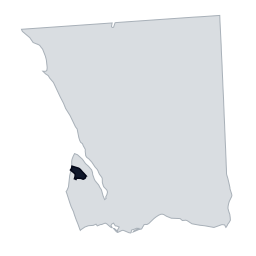 location of Sant Katrin, Janub Sina', Egypt, rotated 176°
{"feature_id": "37247803B38427943153509", "entity_name": "Sant Katrin", "entity_type": "district", "adm_level": 2, "iso_a3": "EGY", "parent_name": "Egypt", "parent_adm1": "Janub Sina'", "projection": "equal_earth", "projection_center": [34.29, 28.647], "detail": "fine", "context": "in_parent", "style": "filled", "palette": "ink", "viewbox_px": 256, "rotation_deg": 176, "n_neighbors": 0, "source": "geoboundaries", "source_scale": "gbopen_adm2", "svg_char_len": 3619}
<svg xmlns="http://www.w3.org/2000/svg" viewBox="0 0 256 256"><g transform="rotate(176 128 128)"><path d="M227.4,233.9L221.9,233.9L216.4,233.9L210.9,233.9L205.4,233.9L199.9,233.9L194.5,233.9L189.0,233.9L183.5,233.9L178.0,233.9L172.5,233.9L167.0,233.9L161.6,233.9L156.1,233.9L150.6,233.9L145.1,233.9L139.6,233.9L136.5,233.9L137.0,232.0L137.4,230.5L137.0,229.6L136.0,229.3L135.3,229.6L133.6,233.8L132.7,234.0L130.8,234.0L124.4,234.0L118.0,234.0L111.6,234.0L105.3,234.0L98.9,234.0L92.5,234.0L86.1,234.0L79.7,234.0L73.3,234.0L66.9,234.0L60.6,234.0L54.2,234.0L47.8,233.9L41.4,233.9L35.0,233.9L28.6,233.9L28.8,228.9L28.9,223.9L29.0,218.9L29.1,213.8L29.2,208.8L29.3,203.8L29.5,198.8L29.6,193.8L29.7,188.8L29.8,183.8L30.0,178.8L30.1,173.9L30.2,168.9L30.4,163.9L30.5,159.0L30.6,154.0L30.7,149.0L30.9,144.1L31.0,139.1L31.2,134.2L31.3,129.3L31.4,124.3L31.6,119.4L31.7,114.5L31.9,109.6L32.0,104.7L32.1,99.8L32.3,94.9L32.4,90.0L32.6,85.1L32.7,80.2L32.9,75.3L32.8,74.4L32.0,71.1L31.3,66.9L30.5,61.7L30.5,60.1L29.2,54.8L29.1,53.3L29.5,52.2L32.1,47.7L32.9,45.6L33.6,43.0L33.9,40.9L33.3,37.7L32.5,34.8L32.3,31.8L32.3,28.9L33.6,26.9L35.2,25.0L35.8,23.9L36.7,22.6L37.3,22.0L38.4,24.6L41.0,25.1L49.2,22.8L58.2,25.1L63.2,26.0L70.9,28.0L75.5,31.5L76.8,32.0L80.2,31.9L82.3,34.0L91.1,35.0L95.8,37.3L98.4,39.2L100.0,39.7L101.4,39.6L103.4,38.9L105.8,37.6L108.5,35.8L114.0,31.2L115.9,30.4L117.2,30.6L118.7,30.5L119.4,29.3L120.2,28.4L120.7,27.4L121.6,26.3L124.4,25.9L130.1,23.9L129.4,24.9L124.2,27.1L126.5,27.4L128.7,26.6L131.3,26.1L131.8,25.2L132.2,23.4L132.7,23.1L134.4,23.5L139.7,26.2L141.0,26.3L144.8,24.8L145.6,24.5L146.8,25.3L149.5,28.8L148.6,28.7L145.6,25.7L145.4,27.2L143.7,29.8L145.8,30.9L147.5,31.3L148.4,32.8L149.0,34.1L150.6,33.5L151.9,31.8L151.3,30.8L150.8,29.8L151.4,29.7L152.6,30.6L155.9,33.9L157.0,34.6L158.3,34.5L161.1,33.5L161.8,33.7L165.5,32.5L166.0,33.4L166.6,34.3L169.5,33.3L174.2,33.3L178.0,32.2L182.4,29.6L182.7,29.2L183.0,29.8L183.5,31.6L184.8,36.2L186.0,39.8L187.4,44.8L187.9,46.7L188.1,48.0L190.2,53.5L191.4,58.0L192.3,61.7L193.6,67.0L194.2,68.9L193.3,69.9L191.5,73.4L189.5,84.5L186.8,93.3L186.5,98.7L186.0,100.7L184.7,103.5L183.1,106.2L180.2,104.8L175.6,100.0L172.9,95.5L170.0,92.5L167.2,88.7L166.5,85.9L166.5,84.1L165.3,79.7L164.5,77.7L161.2,73.1L160.2,70.6L159.5,69.5L158.8,68.0L157.6,62.0L156.3,58.2L154.8,59.2L155.0,60.8L153.7,63.0L152.9,65.6L153.5,67.7L156.2,70.9L156.7,72.3L157.4,75.3L157.2,79.4L157.7,80.8L159.7,83.9L160.4,85.7L160.9,87.3L161.5,88.7L163.6,91.4L166.5,96.5L169.2,99.9L171.2,101.6L172.1,103.3L172.3,107.6L172.1,109.6L173.9,113.5L174.5,115.5L176.2,117.0L177.0,118.9L177.7,121.8L178.8,130.6L180.3,132.8L184.9,144.4L188.8,151.7L190.6,157.2L193.5,163.9L199.2,178.6L202.6,183.2L203.9,185.8L206.4,187.7L209.0,190.6L206.5,190.3L205.9,190.5L205.0,191.0L204.6,192.7L204.4,194.1L204.7,201.6L205.4,205.4L207.7,212.7L209.3,214.9L210.1,216.3L211.3,217.3L216.6,219.8L219.7,225.0L226.6,231.7L227.3,233.5L227.4,233.9Z" fill="#d9dde1" stroke="#a8b0b8" stroke-width="1"/><path d="M173.0,83.0L175.1,85.7L176.7,87.6L178.3,89.8L179.4,90.9L180.6,91.6L181.0,91.7L186.4,93.8L186.4,93.7L186.5,93.5L186.5,93.4L186.8,93.2L186.8,92.9L186.9,92.7L186.9,92.4L187.0,92.1L186.9,92.0L186.9,91.9L186.9,91.7L187.0,91.5L187.1,91.4L187.1,91.2L187.3,90.9L187.4,90.7L187.5,90.6L187.8,90.6L187.7,90.7L187.8,90.8L187.9,90.7L187.9,90.4L187.9,90.2L188.0,90.1L187.9,89.8L187.9,89.6L185.3,87.3L184.2,86.0L183.9,85.2L184.2,83.3L185.0,81.1L184.4,80.9L183.5,80.3L182.8,81.5L180.8,81.3L178.7,81.1L177.5,80.6L176.5,80.1L175.8,80.1L174.4,80.9L174.0,81.2L173.6,82.5L173.4,82.9L173.0,83.0Z" fill="#0f172a" stroke="#020617" stroke-width="1.5"/></g></svg>